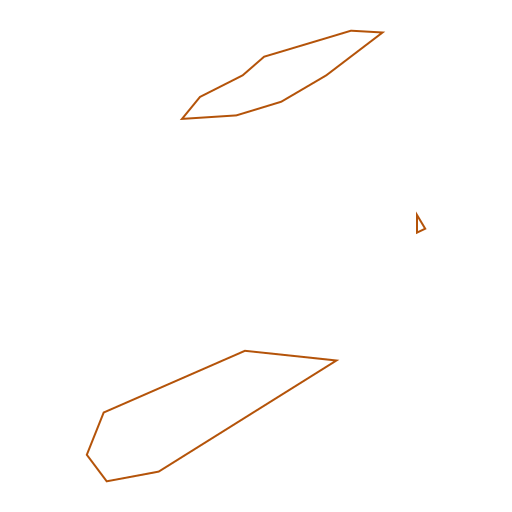 Johnston Atoll, Natural Earth projection
{"feature_id": "UMI-5174", "entity_name": "Johnston Atoll", "entity_type": "state/province", "adm_level": 1, "iso_a3": "UMI", "parent_name": "United States Minor Outlying Islands", "parent_adm1": "", "projection": "natural_earth1", "projection_center": [-169.53, 16.742], "detail": "fine", "context": "isolated", "style": "outline", "palette": "amber", "viewbox_px": 512, "rotation_deg": 0, "n_neighbors": 0, "source": "natural_earth", "source_scale": "10m", "svg_char_len": 373}
<svg xmlns="http://www.w3.org/2000/svg" viewBox="0 0 512 512"><path d="M244.9,350.8L336.4,360.5L158.7,471.6L106.7,481.3L86.8,454.8L103.7,412.5L244.9,350.8ZM264.1,56.7L351.0,30.7L382.5,32.5L326.3,75.3L281.3,101.7L236.3,115.4L182.0,118.9L200.0,96.9L242.7,75.3L264.1,56.7ZM417.0,232.6L417.0,215.0L425.2,228.7L417.0,232.6Z" fill="none" stroke="#b45309" stroke-width="2"/></svg>